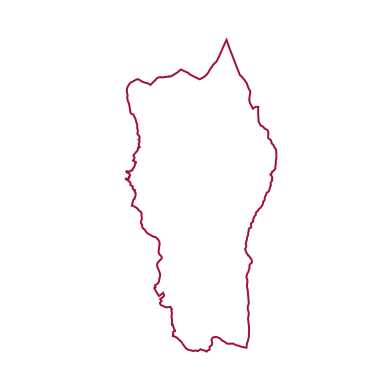 Cristioru De Jos, Bihor, Romania (Natural Earth projection), rotated 281°
{"feature_id": "2599482B34399492593990", "entity_name": "Cristioru De Jos", "entity_type": "district", "adm_level": 2, "iso_a3": "ROU", "parent_name": "Romania", "parent_adm1": "Bihor", "projection": "natural_earth1", "projection_center": [22.603, 46.434], "detail": "fine", "context": "isolated", "style": "outline", "palette": "rose", "viewbox_px": 384, "rotation_deg": 281, "n_neighbors": 0, "source": "geoboundaries", "source_scale": "gbopen_adm2", "svg_char_len": 6038}
<svg xmlns="http://www.w3.org/2000/svg" viewBox="0 0 384 384"><g transform="rotate(281 192 192)"><path d="M288.1,240.9L288.1,239.4L287.6,238.1L286.6,236.8L285.4,235.9L289.4,232.7L291.2,231.5L292.9,230.8L295.2,230.4L298.4,230.2L299.0,230.4L301.5,230.1L302.7,229.6L303.5,228.5L306.7,226.4L307.5,226.1L309.7,224.5L312.2,221.9L313.6,220.0L314.5,219.3L315.8,216.8L323.0,212.2L341.5,200.6L347.9,196.9L344.3,195.9L331.2,192.9L325.0,191.3L320.9,188.5L317.3,187.0L315.9,186.2L313.8,185.7L311.2,184.7L309.7,183.8L306.9,181.5L304.1,178.1L305.8,171.4L307.0,167.5L308.2,165.5L310.1,157.6L306.7,155.0L304.0,152.1L301.9,149.7L301.1,148.4L301.2,147.3L300.7,147.1L300.6,146.1L298.6,140.2L298.8,139.3L298.4,137.9L297.0,135.8L294.0,134.2L293.5,133.6L289.2,130.8L289.9,129.2L290.3,127.1L290.3,124.8L290.9,121.7L292.0,119.2L292.5,117.1L291.3,115.4L288.8,112.3L288.3,111.5L287.1,110.4L283.0,108.7L280.6,108.5L279.3,108.6L278.2,108.9L275.7,109.9L274.1,110.4L272.4,110.4L271.6,110.6L268.5,112.0L267.2,113.0L264.5,114.2L258.2,116.5L257.8,116.7L257.1,117.6L257.0,118.2L257.0,119.3L256.8,119.7L252.7,122.8L251.7,123.1L247.2,125.5L246.3,125.8L244.9,125.8L241.7,127.2L238.7,127.3L238.3,127.5L237.0,129.4L235.9,130.2L234.8,130.1L233.2,129.6L233.2,130.4L231.2,130.9L230.5,130.8L230.2,130.5L228.3,130.7L228.0,131.0L227.6,131.1L227.4,131.0L226.8,131.4L226.1,131.5L226.0,132.0L225.9,132.1L225.5,131.6L225.6,130.9L225.3,130.9L224.8,130.5L224.0,130.8L223.3,130.6L222.6,130.7L222.3,130.4L221.3,130.1L220.6,129.5L219.4,129.0L218.0,128.0L216.4,127.5L216.2,127.6L215.3,128.8L214.0,129.1L211.5,128.1L211.4,128.3L211.3,129.7L210.7,130.1L210.7,131.2L209.9,131.4L209.4,130.9L208.9,130.8L207.0,130.8L205.9,130.4L204.8,130.3L204.2,129.7L203.4,129.4L202.3,129.5L201.9,129.2L201.6,128.8L201.5,128.1L200.8,127.8L200.4,127.2L200.1,126.1L199.9,123.9L199.5,123.6L199.1,124.1L198.6,124.7L198.2,126.8L197.9,127.2L197.0,127.5L196.6,128.1L196.0,128.0L195.2,127.3L194.7,127.1L194.3,127.6L192.4,127.1L192.2,126.6L192.2,126.2L192.8,125.1L192.8,124.8L192.7,124.6L192.2,124.5L191.8,124.9L191.5,126.2L189.7,129.5L188.8,130.0L187.7,130.0L187.2,130.2L186.7,131.1L186.6,132.2L185.6,133.1L185.3,133.1L184.4,133.0L184.1,133.1L183.2,133.9L183.1,134.4L183.1,135.5L182.9,135.7L181.3,135.6L181.2,135.7L181.0,136.4L180.4,136.8L177.5,137.3L176.6,137.1L175.9,136.9L174.5,137.0L173.9,136.3L173.4,136.0L171.6,135.8L167.2,135.5L167.3,136.1L167.2,136.8L165.9,140.7L165.5,141.0L164.9,142.2L163.3,144.0L162.8,145.4L162.0,146.2L161.3,146.6L159.7,146.8L156.2,147.9L153.5,147.6L151.8,147.7L151.2,148.2L150.8,148.9L149.7,149.5L148.5,149.7L147.7,150.1L147.5,150.4L146.6,151.2L146.4,151.8L146.3,152.7L145.1,153.6L143.0,156.0L142.3,157.8L142.1,159.0L141.7,160.0L141.4,160.4L141.1,162.2L140.7,162.8L140.8,164.8L140.5,165.4L138.6,168.1L137.0,169.4L135.0,170.1L127.7,170.5L126.1,170.9L124.7,171.8L122.8,174.5L120.9,175.0L119.8,174.1L116.0,171.8L114.7,171.5L112.5,171.9L107.3,175.3L104.7,176.6L98.3,176.6L96.5,176.4L95.2,175.4L93.1,173.4L91.6,174.4L90.5,173.3L86.6,176.5L83.5,179.5L84.2,180.2L85.7,181.3L86.6,182.4L87.5,182.9L85.2,184.4L83.9,184.0L82.9,183.1L82.7,183.2L80.8,181.2L80.3,181.4L79.5,182.6L78.9,183.0L77.0,181.6L75.4,182.6L75.1,183.0L74.0,187.8L73.9,188.9L74.3,190.2L75.0,192.0L75.1,192.8L73.7,193.6L73.2,194.7L71.5,194.5L69.6,195.2L68.0,195.6L65.8,195.6L64.2,196.3L60.4,197.4L59.3,197.1L57.7,197.8L58.0,198.5L54.8,200.2L52.8,201.7L52.3,201.9L51.9,200.7L51.2,200.3L50.6,200.2L49.7,200.3L49.2,200.7L47.1,200.6L46.8,200.8L47.1,201.5L46.8,202.4L46.4,204.3L46.1,205.1L42.4,210.8L41.3,211.6L38.3,214.9L37.0,216.5L36.5,218.4L36.3,220.4L36.4,221.3L36.1,223.6L36.7,224.4L37.0,225.3L37.1,226.4L36.9,227.4L37.0,228.0L37.3,228.5L39.3,230.4L38.9,232.7L38.6,235.6L38.1,236.8L39.5,237.7L39.8,238.1L40.4,239.3L40.8,239.4L41.6,239.1L43.5,238.8L44.7,240.2L46.4,240.8L47.3,240.8L50.1,239.5L51.2,239.3L52.1,239.7L53.4,240.5L53.7,241.7L54.3,243.1L54.4,243.5L53.8,246.9L52.2,249.4L51.1,252.6L49.8,255.6L50.5,259.2L51.1,261.1L50.0,264.8L50.1,266.9L49.5,269.9L49.5,275.2L53.9,274.8L55.2,275.1L59.5,275.5L62.6,275.2L64.2,274.8L68.3,274.2L71.4,273.4L75.8,272.0L77.8,271.3L79.4,271.1L81.9,271.1L84.0,270.8L85.1,270.4L86.3,269.8L87.2,269.2L88.1,268.9L90.8,268.7L93.1,269.0L94.4,268.8L105.6,265.6L109.2,264.2L111.2,263.7L114.0,263.6L116.1,263.1L117.0,262.8L117.8,262.1L118.7,261.7L119.5,261.6L121.7,261.7L125.1,262.7L126.2,262.6L127.6,262.9L128.4,262.9L130.7,262.4L131.3,262.5L132.1,262.7L133.8,264.0L135.1,264.3L137.7,262.9L138.0,262.5L138.4,261.7L139.0,261.4L140.1,260.1L140.3,259.2L141.3,258.7L142.1,257.5L145.1,255.5L146.3,255.0L146.8,255.3L148.1,255.6L149.8,255.5L151.0,254.7L151.3,254.7L151.8,254.9L154.0,254.7L155.0,254.8L155.4,255.0L157.8,254.7L158.4,254.8L160.0,255.3L162.2,255.0L164.6,255.1L166.0,254.7L166.4,255.1L167.3,255.1L167.5,255.2L168.4,256.8L168.6,256.9L169.2,256.8L170.7,256.2L172.0,255.9L172.4,255.9L173.1,256.4L173.8,257.1L174.7,257.6L175.4,257.6L175.7,257.3L176.1,257.1L177.0,257.4L178.1,257.5L180.4,258.1L181.0,258.6L181.9,259.0L183.1,258.7L184.2,258.8L184.5,258.9L185.5,259.9L186.6,260.3L188.6,261.4L189.4,262.2L192.3,263.5L193.9,263.8L194.3,264.0L196.2,263.7L197.2,264.6L198.0,264.8L200.6,264.5L201.7,264.7L203.9,265.3L205.4,265.5L205.9,265.8L206.2,266.3L207.1,267.1L208.3,267.4L212.3,267.8L213.5,268.2L213.9,268.1L214.1,267.8L215.0,267.7L215.4,267.5L215.8,267.5L216.7,267.7L218.5,268.5L218.9,268.5L219.6,267.9L219.9,267.9L220.7,268.2L221.3,268.1L222.0,267.8L222.4,267.3L223.1,267.0L223.7,266.1L224.2,265.6L224.8,265.9L225.3,266.5L225.7,266.7L226.9,266.7L227.5,266.9L227.8,267.6L228.5,268.0L230.1,269.1L231.2,269.3L233.4,268.9L235.9,268.9L238.0,268.3L241.3,268.3L242.4,268.2L248.1,266.9L250.4,266.0L251.0,265.0L251.4,264.4L253.1,263.4L253.7,262.9L254.5,261.7L255.0,260.8L255.3,260.7L256.3,260.5L258.0,259.4L259.2,256.9L259.6,256.5L261.1,256.1L264.7,255.7L266.3,255.1L267.1,254.2L267.5,253.5L267.8,252.1L268.1,251.2L269.5,249.5L269.8,249.0L270.2,247.4L270.4,246.8L271.1,246.0L273.7,244.2L274.0,243.8L275.7,243.6L279.1,242.6L282.0,241.9L286.8,241.0L288.1,240.9Z" fill="none" stroke="#9f1239" stroke-width="2"/></g></svg>